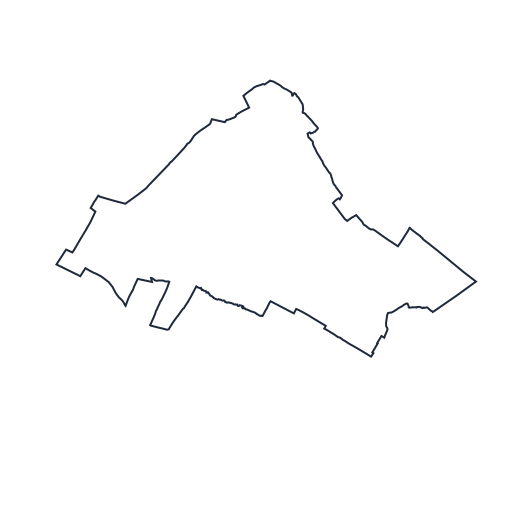 the district of Arsura, Vaslui, Romania, rotated 149°
{"feature_id": "2599482B94287985096117", "entity_name": "Arsura", "entity_type": "district", "adm_level": 2, "iso_a3": "ROU", "parent_name": "Romania", "parent_adm1": "Vaslui", "projection": "natural_earth1", "projection_center": [28.045, 46.802], "detail": "fine", "context": "isolated", "style": "outline", "palette": "slate", "viewbox_px": 512, "rotation_deg": 149, "n_neighbors": 0, "source": "geoboundaries", "source_scale": "gbopen_adm2", "svg_char_len": 6114}
<svg xmlns="http://www.w3.org/2000/svg" viewBox="0 0 512 512"><g transform="rotate(149 256 256)"><path d="M360.1,389.0L365.0,386.5L366.8,385.8L370.0,383.9L373.0,382.3L370.8,376.8L380.7,370.2L389.9,365.1L398.6,360.5L408.6,355.0L411.5,353.6L415.5,359.3L431.4,351.5L417.0,329.2L408.5,333.4L406.0,328.9L404.0,325.6L402.1,323.0L399.3,318.4L398.0,315.3L395.7,309.5L395.3,306.4L394.9,303.3L395.3,297.4L395.2,294.7L394.8,291.1L393.8,287.9L393.5,286.1L393.4,284.6L393.6,280.9L393.5,280.4L388.9,284.1L385.1,286.9L378.9,290.4L375.6,293.0L369.2,297.3L358.5,287.3L357.3,291.3L357.0,291.2L356.0,289.6L355.3,287.5L354.4,286.2L351.4,284.8L348.0,282.6L346.8,280.8L345.3,280.0L343.9,279.1L343.6,278.6L348.1,274.8L351.8,272.1L358.2,267.9L360.6,266.5L361.2,266.4L364.8,263.8L366.0,263.1L368.6,261.2L370.1,260.4L371.6,259.0L372.3,258.3L372.9,257.9L375.6,255.9L382.4,251.2L382.3,250.8L376.3,244.7L373.3,241.8L370.4,238.8L369.7,238.4L368.4,238.1L367.7,238.6L363.7,240.7L361.3,241.9L356.4,244.0L354.3,244.8L353.3,245.1L352.3,245.6L346.0,248.3L345.7,248.4L344.7,248.4L343.9,248.8L342.1,249.8L337.9,251.8L333.9,254.0L322.8,260.7L322.6,260.3L322.6,260.0L322.5,259.8L322.3,259.8L322.1,259.4L322.0,259.0L321.4,258.2L320.9,257.8L320.5,257.1L320.0,257.1L319.7,257.0L319.8,256.8L319.8,256.3L319.9,255.7L319.7,255.4L319.4,255.1L319.8,254.6L319.5,254.3L319.0,254.1L318.5,253.1L317.9,252.6L317.4,251.7L316.8,251.2L316.8,250.4L317.2,250.1L316.9,249.9L315.7,249.3L315.7,248.5L315.9,248.2L315.6,247.8L315.6,246.9L315.7,246.4L315.6,245.5L314.6,244.4L314.4,243.7L314.2,243.1L313.9,242.6L313.8,241.9L313.9,241.7L313.4,241.1L313.3,240.8L312.7,240.0L312.5,239.6L312.1,239.3L312.0,239.0L311.7,238.7L311.2,238.4L310.3,238.3L309.7,237.3L308.8,236.9L308.6,236.7L308.5,236.1L308.3,235.7L308.0,235.3L307.5,234.9L306.9,234.7L306.3,234.3L306.0,233.9L306.2,232.8L305.9,232.3L305.5,232.0L305.5,231.7L305.2,231.1L303.6,230.5L303.3,230.2L303.1,229.8L302.6,229.6L302.3,229.2L301.2,228.1L300.2,226.8L300.2,226.5L299.8,225.8L298.7,225.2L298.2,224.6L297.1,224.1L297.2,222.5L297.0,222.2L296.5,222.0L295.3,222.2L295.2,222.0L294.1,221.0L293.5,220.3L293.2,219.8L293.0,219.4L293.3,219.3L294.0,219.3L294.4,219.1L294.4,218.1L294.1,217.8L293.6,217.6L293.3,217.7L292.7,217.2L292.5,216.9L292.5,215.9L292.4,215.7L292.1,215.4L291.4,214.9L291.0,214.4L290.6,213.8L289.7,212.5L288.9,211.2L288.1,210.6L287.1,209.2L286.8,208.9L286.1,208.0L285.7,207.6L285.7,207.0L285.3,206.2L285.3,205.9L285.0,205.6L284.6,204.9L284.0,203.6L283.0,202.3L282.7,202.3L282.2,202.2L281.6,201.4L281.3,201.2L275.6,204.6L272.9,206.0L271.9,206.9L270.6,207.6L268.5,209.0L266.8,209.7L253.1,187.3L248.8,189.9L247.5,188.1L244.5,183.2L242.3,179.3L240.9,176.8L239.3,173.5L237.5,170.2L234.5,164.5L232.3,160.5L232.2,160.2L232.3,160.1L234.9,158.6L234.0,157.3L229.3,148.4L227.5,144.2L226.8,143.7L226.3,143.1L225.4,141.2L224.7,139.3L223.7,137.6L220.8,131.8L219.9,130.4L215.1,121.7L209.2,110.5L205.4,112.2L206.0,113.4L196.7,118.4L197.0,118.9L189.7,122.8L188.2,120.3L188.1,119.9L187.8,120.0L187.2,120.8L182.7,124.0L181.3,125.2L180.9,125.7L180.6,126.8L180.6,128.7L179.3,131.2L178.8,131.9L177.3,133.7L174.1,137.7L172.3,139.1L171.9,138.8L171.2,138.8L170.6,138.6L169.1,137.8L168.0,137.7L166.6,137.6L163.7,137.7L163.1,137.6L161.2,137.9L156.4,137.7L155.3,137.9L152.2,137.9L151.4,137.7L150.9,137.4L150.6,137.0L150.8,136.3L150.9,134.9L151.0,134.3L151.5,133.4L151.3,132.7L147.9,131.3L147.0,130.6L145.8,130.0L145.0,129.2L144.5,129.4L142.5,128.5L141.5,127.6L140.2,125.6L139.7,125.4L139.4,125.6L138.9,125.5L138.1,124.7L137.8,124.5L136.8,124.4L135.8,123.7L135.5,123.3L135.1,121.6L134.3,119.2L134.2,118.8L133.9,118.5L133.4,117.7L133.3,116.9L104.8,118.7L80.6,120.8L81.4,122.8L86.4,135.5L97.5,166.8L101.3,176.9L104.0,183.8L104.3,185.1L104.1,185.7L104.7,187.0L104.8,187.9L105.2,189.1L106.5,192.0L108.4,196.9L109.5,200.0L109.6,200.9L109.8,201.1L112.7,199.3L122.1,194.6L129.3,191.2L134.1,201.1L137.8,209.3L141.0,216.8L142.1,218.6L143.7,219.5L144.2,220.0L145.1,221.7L145.7,223.6L146.7,226.1L147.3,226.9L147.5,227.5L147.4,230.3L147.5,231.2L148.0,233.7L149.0,239.4L150.3,239.5L152.7,239.5L154.1,239.6L159.8,239.1L160.8,241.8L162.6,259.6L162.8,261.7L160.7,262.3L158.8,262.7L156.9,262.9L155.6,262.9L155.1,262.3L154.9,261.4L154.0,261.8L151.0,263.7L151.1,265.5L151.3,266.4L151.3,267.2L151.6,270.1L152.0,274.2L151.8,275.3L151.9,275.7L152.1,276.1L152.3,277.4L152.2,278.7L151.6,281.3L151.2,282.3L150.9,283.5L150.8,284.5L150.1,286.5L149.9,287.7L149.9,288.7L150.1,289.4L150.3,289.7L150.6,296.0L150.7,297.0L150.9,297.7L150.8,300.7L150.3,303.0L150.5,306.9L150.4,307.6L150.3,307.8L150.5,308.4L150.5,312.9L150.3,315.5L150.0,317.9L150.0,319.6L149.8,321.4L149.5,322.2L149.3,323.1L148.8,323.9L148.5,324.7L148.9,327.0L149.5,329.9L149.8,330.4L149.9,330.9L149.1,333.0L148.8,334.2L148.3,334.3L146.7,334.4L146.2,334.2L145.9,332.8L145.4,332.9L144.2,332.4L143.6,332.3L142.0,332.4L141.5,332.2L140.9,332.3L140.5,332.5L139.9,332.7L139.1,332.8L137.6,333.3L137.2,333.6L137.1,335.0L138.3,340.3L138.4,342.3L138.8,344.5L139.5,347.5L139.6,348.6L139.9,349.1L140.1,349.8L140.2,351.4L140.9,353.4L141.3,353.9L141.8,354.3L142.1,354.7L142.0,355.2L140.9,356.4L140.1,357.3L138.1,361.5L137.9,362.4L138.0,363.9L137.9,365.1L138.0,366.2L138.0,370.0L138.2,370.9L138.6,371.5L138.5,372.1L138.6,372.9L138.4,373.8L138.5,374.3L138.9,375.3L139.3,375.9L142.1,374.6L142.4,374.8L141.4,377.4L141.6,378.3L143.7,382.4L146.0,385.9L146.8,387.8L147.1,388.9L148.4,391.7L149.6,393.5L150.2,394.8L151.2,396.5L152.7,398.0L153.3,398.5L153.5,399.0L160.4,398.6L160.6,399.0L161.5,399.8L164.8,400.4L167.7,401.2L171.2,401.5L173.3,401.0L179.5,400.5L184.3,399.8L185.5,386.7L194.1,387.3L199.5,387.3L200.6,387.0L201.2,386.3L201.7,386.0L202.6,385.9L203.4,385.9L204.4,386.2L206.1,386.4L209.7,387.1L211.1,387.8L213.8,386.8L223.4,396.0L226.6,393.4L228.0,392.8L233.6,392.4L239.8,392.1L245.1,391.4L248.0,390.7L248.5,390.2L250.6,389.4L251.0,389.0L253.4,388.0L255.1,387.5L257.1,387.6L257.9,387.1L261.8,385.6L267.9,383.8L279.9,380.4L280.6,380.5L282.1,380.1L283.5,379.4L311.4,371.9L315.3,370.6L325.5,369.4L341.1,368.1L349.4,376.6L355.8,383.5L359.2,387.2L359.7,388.3L360.1,389.0Z" fill="none" stroke="#1e293b" stroke-width="2"/></g></svg>